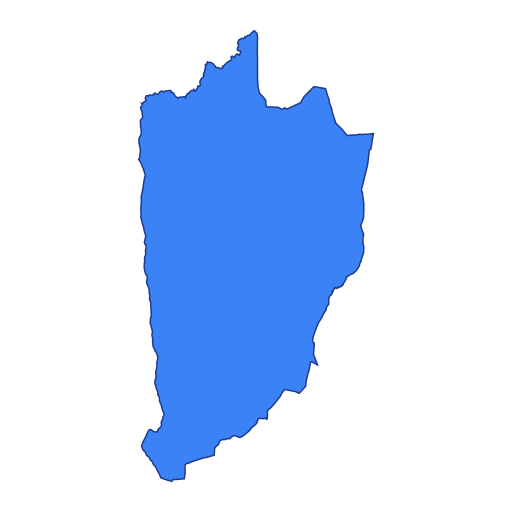 outline of Mkalama, Singida, United Republic of Tanzania
{"feature_id": "72390352B53166842903656", "entity_name": "Mkalama", "entity_type": "district", "adm_level": 2, "iso_a3": "TZA", "parent_name": "United Republic of Tanzania", "parent_adm1": "Singida", "projection": "robinson", "projection_center": [34.654, -4.212], "detail": "fine", "context": "isolated", "style": "filled", "palette": "blue", "viewbox_px": 512, "rotation_deg": 0, "n_neighbors": 0, "source": "geoboundaries", "source_scale": "gbopen_adm2", "svg_char_len": 5994}
<svg xmlns="http://www.w3.org/2000/svg" viewBox="0 0 512 512"><path d="M256.9,33.3L254.3,30.7L251.4,32.9L249.9,35.1L247.5,35.5L245.4,37.4L244.9,36.8L244.0,38.5L243.1,38.6L242.0,38.2L238.6,40.1L237.7,43.3L238.4,44.7L238.4,47.4L237.3,47.9L237.5,50.3L241.1,51.5L239.4,55.1L237.1,53.9L235.6,55.1L234.3,57.5L232.2,56.1L231.1,56.8L231.5,59.9L228.8,61.4L226.6,62.8L224.1,65.5L222.4,66.5L222.8,67.9L220.7,68.6L218.0,67.6L217.8,67.8L215.5,67.2L215.4,66.5L213.4,64.0L210.7,62.4L208.1,62.4L207.5,61.9L206.9,63.2L206.6,63.3L206.3,64.3L206.5,64.8L205.2,65.0L205.7,68.0L205.3,68.3L204.9,69.1L205.0,69.9L204.5,71.2L204.5,72.2L204.0,72.8L203.4,73.9L203.9,75.7L203.4,76.3L203.4,76.8L201.1,79.0L201.1,79.4L200.2,80.6L199.8,82.2L200.1,83.7L200.6,84.8L199.2,86.3L198.4,86.0L197.8,86.1L197.5,88.3L197.2,88.3L196.7,88.8L195.5,91.1L194.3,89.9L194.5,90.8L193.7,90.6L193.5,90.8L193.1,90.4L192.4,90.1L191.1,90.8L189.4,92.3L189.5,92.7L188.9,92.8L188.7,93.3L188.2,93.5L188.2,93.4L187.0,94.1L186.8,95.2L186.0,95.7L185.6,97.7L184.8,96.8L183.9,96.8L178.6,97.4L177.8,98.1L175.1,96.1L173.7,93.5L172.7,92.4L171.8,92.8L171.0,91.9L171.0,90.8L169.0,90.4L166.9,91.0L165.1,91.0L164.2,92.1L162.0,91.0L160.3,91.5L158.1,94.1L156.0,94.3L155.2,93.0L153.2,94.3L153.0,95.2L150.4,95.2L149.3,95.0L148.2,95.9L147.1,95.7L146.2,95.9L145.2,98.1L146.1,100.4L145.9,101.0L144.3,101.5L143.4,102.6L142.9,102.8L142.8,103.4L142.5,103.6L141.9,103.5L142.1,103.7L142.0,104.6L142.1,105.6L141.8,106.2L140.8,106.8L140.6,107.7L141.0,109.5L142.1,111.8L142.3,112.7L141.9,113.5L142.7,116.1L142.6,117.3L142.1,118.2L140.6,120.0L140.4,121.0L140.3,122.0L140.6,124.8L140.4,126.2L140.9,127.8L141.3,132.0L141.2,133.7L140.4,135.9L139.2,137.9L139.0,139.4L139.0,143.0L140.1,147.8L140.4,149.8L139.8,156.6L139.2,158.5L138.6,159.5L139.6,160.6L141.2,163.6L143.6,169.5L145.4,175.9L144.7,177.3L144.1,180.3L142.7,189.8L141.2,196.8L141.4,200.7L140.8,209.2L141.1,213.5L140.9,216.9L141.7,220.8L142.7,224.7L143.6,226.8L143.6,228.5L144.0,229.5L144.7,232.9L145.5,234.3L145.6,236.0L145.4,238.1L144.4,242.0L144.8,243.8L145.6,245.1L146.2,246.9L145.4,251.1L145.7,253.4L145.6,255.1L144.7,256.9L144.7,257.7L144.5,258.4L144.7,260.9L144.3,263.8L144.2,268.1L145.1,272.3L146.0,274.7L147.0,276.0L147.2,277.1L147.4,278.6L146.6,281.3L146.6,282.9L147.3,284.8L148.6,287.6L149.2,289.7L149.3,293.5L149.8,295.1L149.5,299.4L150.3,301.2L150.8,303.5L150.8,307.7L151.3,310.3L151.0,311.3L150.9,312.3L151.3,313.0L151.5,314.8L150.5,318.1L150.2,322.5L150.2,323.3L150.9,325.1L150.9,326.1L151.6,327.9L152.4,331.6L152.5,332.5L151.9,334.2L152.0,335.4L152.7,339.1L152.6,342.2L152.9,343.4L152.9,345.2L153.3,346.9L154.5,349.0L155.0,351.0L155.9,352.0L156.7,353.3L157.7,356.8L157.7,358.8L156.8,362.7L156.9,367.2L156.3,369.1L156.3,370.0L155.8,371.4L155.7,373.8L156.0,374.4L156.1,377.2L155.3,379.7L154.7,382.7L155.0,383.8L155.9,385.1L155.5,385.6L155.9,386.2L156.1,387.7L156.7,389.7L157.8,391.8L157.9,393.1L157.7,394.3L158.0,395.1L159.2,396.9L159.5,398.7L159.4,400.0L159.7,401.4L160.5,403.6L161.4,405.2L161.4,406.0L161.8,407.6L162.0,408.8L163.3,411.8L164.1,414.6L164.0,415.2L163.3,416.2L163.0,417.0L162.8,419.0L161.4,421.5L161.3,423.3L161.5,424.8L161.4,425.7L160.7,427.1L158.7,428.7L158.0,429.5L157.5,431.4L157.1,431.9L153.9,431.8L152.3,430.6L151.6,429.9L150.7,429.5L149.8,429.6L149.0,430.0L147.9,431.6L145.7,436.8L143.8,440.5L143.1,441.5L141.7,445.7L141.7,446.5L142.9,449.7L143.3,450.4L144.7,451.4L145.2,452.0L146.5,455.4L149.2,457.3L149.9,459.2L150.3,460.0L152.3,461.6L153.2,464.1L153.7,465.0L155.1,466.1L159.8,475.0L160.5,477.3L161.1,478.0L169.1,480.7L171.9,481.3L172.4,480.1L173.0,479.7L184.3,478.8L185.2,472.8L185.2,471.8L185.0,471.0L185.2,470.5L185.0,469.2L184.9,466.4L185.3,464.5L187.0,463.4L189.2,463.0L192.4,461.5L199.2,459.3L203.9,457.8L207.5,457.2L214.2,455.1L214.7,448.1L216.2,446.3L217.7,445.3L218.6,444.1L219.1,442.2L220.7,440.1L223.7,439.5L225.5,439.5L228.6,438.4L229.4,438.8L230.3,438.5L231.4,436.9L234.1,435.5L238.0,436.7L239.2,437.4L241.6,436.8L243.9,435.3L249.7,430.4L251.0,428.4L252.0,427.4L255.6,424.5L256.8,422.9L257.9,419.5L258.8,418.7L259.7,418.2L260.8,418.3L262.5,418.8L264.8,418.3L265.5,418.5L266.3,418.0L266.3,418.6L266.7,419.3L267.2,418.8L267.5,415.8L267.4,412.1L267.7,410.3L271.0,407.5L275.6,402.3L280.2,396.3L281.7,393.4L284.8,389.3L285.8,389.4L287.5,390.1L295.3,391.5L299.0,393.3L299.3,393.3L299.7,392.6L302.2,390.1L305.7,386.2L305.9,383.2L306.6,379.2L307.5,375.2L308.9,370.7L310.7,361.8L311.5,361.7L317.5,364.9L313.5,354.4L314.3,343.9L314.2,343.1L312.9,342.1L312.7,341.5L312.6,340.5L313.2,336.8L315.9,328.9L318.7,322.3L321.8,317.6L322.6,315.4L326.0,309.9L326.3,309.3L326.5,307.3L327.3,305.8L328.7,304.4L328.7,299.1L329.0,298.5L329.3,297.0L330.4,295.3L331.3,294.8L332.2,293.4L332.3,291.3L333.1,291.5L333.3,289.9L333.6,289.4L334.4,289.0L334.4,288.5L334.7,287.8L335.0,287.5L335.4,287.9L335.8,287.6L336.1,288.1L337.2,288.3L337.5,287.6L338.1,287.1L338.3,287.4L338.7,286.7L339.8,286.9L340.0,287.1L341.5,286.2L341.3,285.8L341.5,285.5L342.6,285.2L343.1,284.7L342.8,284.5L342.9,283.8L344.8,281.6L345.0,280.9L346.3,278.6L346.4,277.7L346.1,276.9L347.1,276.7L350.7,274.4L353.0,273.6L355.0,271.7L355.9,271.1L357.0,269.5L357.8,268.7L359.3,265.7L359.9,263.2L361.0,261.4L361.4,259.4L363.6,252.5L363.8,247.0L363.1,243.6L362.9,240.8L362.9,238.4L363.5,235.4L363.5,233.8L362.0,230.2L360.8,226.2L361.0,224.7L362.7,220.6L363.5,217.8L363.8,212.1L363.8,203.7L362.9,196.8L362.3,193.8L362.5,192.3L361.6,191.6L361.6,189.1L367.6,164.8L369.4,149.8L370.8,149.3L373.4,133.5L367.7,134.3L364.6,134.2L361.9,134.6L360.5,134.3L359.2,134.3L355.9,135.1L351.5,135.0L347.2,135.6L341.7,128.9L335.4,122.9L335.6,122.8L335.2,122.6L335.2,121.6L334.9,121.0L335.0,120.1L334.1,118.2L331.9,110.8L331.9,109.6L329.8,103.7L329.1,101.5L329.1,99.7L328.0,96.6L327.2,95.0L326.8,92.8L325.5,88.6L313.9,86.6L303.8,97.0L300.6,102.7L286.6,109.2L284.9,107.8L282.1,109.4L278.0,107.3L266.3,106.8L265.6,100.0L262.7,96.4L259.5,93.3L258.0,86.7L257.5,77.8L257.5,59.9L257.3,50.5L257.5,37.2L256.9,33.3Z" fill="#3b82f6" stroke="#1e3a8a" stroke-width="1.5"/></svg>